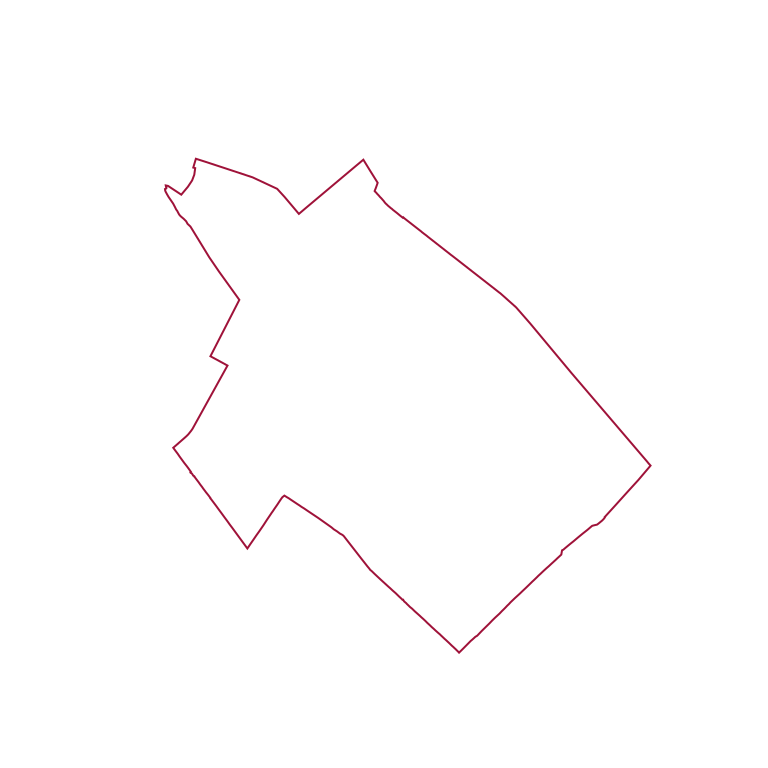 Gostavatu, Olt, Romania (orthographic projection), rotated 249°
{"feature_id": "2599482B62335692656317", "entity_name": "Gostavatu", "entity_type": "district", "adm_level": 2, "iso_a3": "ROU", "parent_name": "Romania", "parent_adm1": "Olt", "projection": "orthographic", "projection_center": [24.506, 44.061], "detail": "fine", "context": "isolated", "style": "outline", "palette": "rose", "viewbox_px": 768, "rotation_deg": 249, "n_neighbors": 0, "source": "geoboundaries", "source_scale": "gbopen_adm2", "svg_char_len": 4258}
<svg xmlns="http://www.w3.org/2000/svg" viewBox="0 0 768 768"><g transform="rotate(249 384 384)"><path d="M212.3,603.6L215.2,602.5L217.1,601.9L326.9,563.0L388.3,542.1L390.2,541.4L408.2,534.8L427.0,525.1L427.9,524.5L479.3,493.6L480.2,493.0L505.6,477.8L506.7,477.2L508.2,476.3L509.6,475.4L511.1,474.5L512.2,473.8L512.9,473.5L531.0,462.6L532.7,461.7L532.4,461.2L535.4,459.4L537.0,458.5L538.8,457.5L539.8,456.9L541.3,456.0L542.0,455.6L543.1,454.9L544.9,454.0L545.6,453.5L546.5,453.0L547.3,452.6L548.3,452.0L549.5,451.4L550.7,450.9L551.6,450.4L552.6,450.0L553.5,449.7L555.0,449.3L556.3,448.8L557.7,448.3L558.5,448.0L560.0,447.3L561.5,446.8L563.0,446.2L563.9,445.8L565.1,445.4L566.3,444.9L566.6,444.7L567.5,444.4L570.0,446.7L572.8,449.1L574.1,450.2L587.4,447.6L600.8,445.1L597.9,436.6L576.3,374.0L573.3,365.5L594.3,358.2L604.5,354.2L624.0,335.4L642.1,313.3L655.3,297.1L661.7,289.1L654.4,283.5L653.2,285.1L647.4,281.9L642.8,277.8L638.4,271.6L633.4,262.6L642.9,255.8L646.3,253.4L647.6,251.4L647.2,251.3L646.8,251.3L646.1,251.1L645.5,251.3L645.0,251.2L644.6,250.8L644.5,250.4L644.5,250.0L644.5,249.4L643.4,249.1L643.0,249.1L642.2,249.0L639.0,249.4L635.9,249.9L628.0,251.8L623.8,252.3L621.4,252.5L619.7,253.0L617.8,253.2L615.6,253.5L613.9,254.1L612.7,254.7L610.0,256.2L606.8,257.6L603.9,258.0L600.4,259.7L597.3,260.3L564.8,266.3L548.3,270.2L514.4,279.1L472.1,231.9L457.3,244.5L410.8,189.2L409.5,187.3L408.2,185.1L407.1,183.2L406.0,180.7L403.0,172.6L400.0,164.4L398.1,164.9L396.3,165.4L392.8,166.4L391.1,166.8L389.4,167.2L385.7,168.2L382.0,169.2L377.8,170.5L374.9,171.3L371.4,172.2L371.3,171.9L371.2,171.7L370.8,171.5L370.5,171.6L370.2,171.8L369.9,172.1L369.6,172.4L369.4,172.5L369.2,172.6L368.6,172.7L367.8,172.9L367.1,173.0L366.7,173.1L366.5,173.3L366.3,173.5L366.1,173.7L365.8,173.7L365.8,173.8L365.5,173.9L365.2,174.0L364.8,174.0L364.0,174.2L362.6,174.6L360.2,175.3L358.5,175.8L356.4,176.3L355.0,176.7L353.0,177.3L351.3,177.7L349.9,178.1L348.2,178.6L346.7,179.0L345.2,179.5L343.3,180.1L341.2,180.7L339.7,181.1L339.5,180.9L338.7,181.2L338.1,181.4L330.4,183.6L327.4,184.4L324.1,185.3L321.6,186.0L319.0,186.7L316.4,187.4L313.9,188.1L312.1,188.6L310.2,189.1L308.2,189.6L306.1,190.2L304.4,190.7L279.4,197.5L282.6,202.1L285.8,206.8L288.5,210.7L291.0,214.5L295.4,220.9L299.2,226.1L303.1,231.7L303.9,232.8L305.0,234.5L306.7,236.9L308.6,239.7L309.9,241.6L311.5,243.8L313.6,246.8L314.7,248.5L315.5,251.0L315.1,251.3L314.6,251.7L313.1,252.8L311.5,254.1L309.6,255.4L303.1,260.0L300.9,261.6L298.8,263.0L296.6,264.7L294.0,266.5L292.7,267.4L282.5,274.6L269.0,283.6L266.4,285.0L263.3,287.3L260.1,289.3L258.3,290.9L257.2,291.6L256.3,292.0L234.2,298.7L229.6,300.1L223.5,302.0L219.9,303.1L219.3,303.3L217.0,304.1L215.4,304.5L213.9,305.4L210.0,307.2L206.9,308.7L202.6,310.8L200.0,312.1L192.8,315.7L191.3,316.5L188.0,318.1L184.6,319.9L180.0,322.0L177.4,323.3L176.3,323.8L175.9,323.9L175.7,324.1L175.6,324.3L175.6,324.6L175.3,324.6L174.8,324.7L174.2,324.8L173.6,325.0L172.9,325.4L172.3,325.7L171.8,326.0L171.2,326.3L170.5,326.5L169.7,326.9L168.2,327.6L166.6,328.3L164.2,329.7L160.7,331.3L158.2,332.6L154.9,334.3L152.8,335.3L150.5,336.5L147.8,337.8L145.5,338.8L143.9,339.6L142.3,340.4L139.9,341.5L137.6,342.7L135.5,343.7L132.4,345.3L130.0,346.6L128.8,347.1L127.6,347.7L125.7,348.6L124.0,349.4L123.3,349.8L119.0,351.9L115.3,353.6L113.4,354.6L111.6,355.4L111.4,355.6L110.2,356.1L107.1,357.5L106.3,357.8L108.0,361.7L108.8,363.5L113.1,373.0L113.6,374.5L114.6,377.1L115.1,378.3L115.3,379.0L115.4,379.6L115.6,380.8L118.4,386.7L122.7,396.6L124.4,400.2L126.0,403.9L128.3,409.7L129.7,412.6L130.9,415.4L131.9,417.6L132.7,419.2L133.3,420.6L133.7,421.6L134.0,422.2L134.9,424.0L137.2,429.5L139.7,435.9L140.9,438.7L142.7,443.1L144.4,447.1L146.4,451.7L147.1,453.5L148.8,457.5L149.7,459.5L150.8,462.3L151.4,463.7L152.3,465.9L153.8,469.7L154.9,472.7L156.0,475.4L158.5,481.8L159.2,483.4L159.9,485.2L161.2,488.4L164.9,490.6L165.0,491.2L165.0,491.9L165.8,494.1L167.0,497.6L168.3,501.5L169.2,504.4L171.3,510.4L173.1,515.8L174.9,521.6L176.8,526.9L177.0,527.6L176.6,531.0L176.4,532.1L176.4,532.7L177.0,534.7L177.6,536.5L178.3,538.6L179.2,540.6L180.1,542.1L180.6,542.7L180.8,542.6L188.1,557.1L193.8,568.3L197.8,576.2L203.2,587.0L211.9,602.9L212.3,603.6Z" fill="none" stroke="#9f1239" stroke-width="2"/></g></svg>